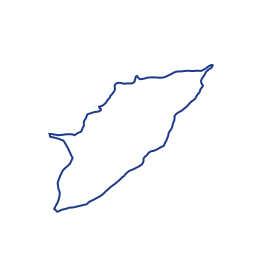 Hadibu, Hadramawt, Yemen, rotated 329°
{"feature_id": "15242507B399982580631", "entity_name": "Hadibu", "entity_type": "district", "adm_level": 2, "iso_a3": "YEM", "parent_name": "Yemen", "parent_adm1": "Hadramawt", "projection": "albers", "projection_center": [54.052, 12.499], "detail": "fine", "context": "isolated", "style": "outline", "palette": "blue", "viewbox_px": 256, "rotation_deg": 329, "n_neighbors": 0, "source": "geoboundaries", "source_scale": "gbopen_adm2", "svg_char_len": 4181}
<svg xmlns="http://www.w3.org/2000/svg" viewBox="0 0 256 256"><g transform="rotate(329 128 128)"><path d="M23.1,159.3L23.3,159.6L23.7,161.0L23.8,162.2L24.3,163.4L24.9,163.5L25.5,163.7L27.0,163.7L28.3,163.9L29.7,164.1L31.0,164.6L32.4,165.1L33.6,165.4L35.1,165.7L36.4,166.0L36.8,166.1L37.5,166.5L37.9,166.7L39.2,167.4L40.3,167.9L41.7,168.4L43.4,168.9L45.0,169.4L46.9,170.0L48.6,170.6L50.3,171.1L51.9,171.6L53.1,172.0L54.6,171.9L55.8,171.4L57.1,171.3L58.5,171.5L59.8,171.6L61.1,171.7L62.5,171.8L63.9,171.9L65.9,171.9L67.3,172.0L68.7,172.1L70.1,172.0L71.5,171.9L72.7,171.8L73.9,171.5L75.6,171.0L77.0,170.7L78.2,170.5L79.6,170.3L80.9,170.0L82.1,169.7L83.7,169.5L85.0,169.4L86.4,169.3L87.7,169.2L88.9,169.0L90.2,168.8L91.5,168.6L92.8,168.4L94.7,168.0L96.0,167.7L97.6,167.2L99.0,167.2L100.5,167.0L102.0,166.3L103.8,165.8L105.1,165.6L106.8,165.5L108.2,165.6L110.1,165.9L111.3,166.1L112.7,166.3L114.0,166.3L115.4,166.4L116.6,166.5L118.4,166.5L120.2,166.5L121.6,166.1L123.0,165.5L123.9,164.6L124.0,164.6L124.9,163.3L125.5,162.3L126.8,161.6L128.2,161.3L129.5,161.1L130.9,160.7L132.1,160.2L133.7,159.8L135.2,159.8L136.6,160.1L137.7,160.6L138.9,160.9L140.5,161.1L141.8,161.3L143.5,161.3L145.1,161.3L146.7,161.4L148.6,161.6L149.9,161.6L150.9,160.6L152.5,159.6L154.3,158.6L155.3,157.8L156.4,156.9L157.6,156.1L158.8,155.0L158.9,154.9L159.7,153.9L160.7,153.1L161.8,152.3L162.9,151.9L164.1,151.4L165.2,150.8L166.2,150.0L166.3,149.9L167.4,148.9L168.2,147.9L169.2,147.0L170.3,146.1L171.6,145.4L172.4,144.3L173.3,143.0L174.1,141.7L175.2,141.3L176.4,140.9L177.8,140.6L179.2,140.6L180.7,140.7L181.9,140.8L183.3,140.7L184.6,140.5L186.1,140.3L188.0,140.1L189.4,139.8L190.7,139.5L192.2,139.1L193.4,138.5L194.6,138.2L196.1,138.0L197.5,137.9L198.9,137.8L200.5,137.5L201.6,136.9L202.9,136.1L204.3,135.4L205.4,134.9L206.9,134.5L208.1,133.9L209.1,133.0L210.1,132.1L211.4,131.6L212.6,131.2L214.1,130.3L214.1,130.2L214.0,129.0L214.0,127.6L214.4,126.2L215.2,124.8L216.2,124.2L217.3,123.4L218.5,123.0L219.7,122.5L221.2,121.7L222.5,120.9L223.0,120.6L223.8,120.2L225.1,119.8L226.2,119.6L226.7,119.5L228.2,119.4L229.7,119.3L230.9,119.3L232.9,117.9L232.1,116.9L231.2,116.8L230.6,116.8L229.3,116.7L227.9,116.7L226.7,116.9L225.4,117.0L224.1,117.0L223.9,117.0L222.7,117.0L221.3,116.9L219.7,116.5L218.5,115.7L217.4,114.8L216.3,114.3L215.0,113.6L213.8,113.0L212.7,112.4L211.6,111.7L210.5,111.0L209.5,110.2L208.4,109.5L206.6,108.7L205.0,107.9L203.6,107.3L202.4,106.7L201.3,106.0L200.1,105.4L198.8,104.8L197.6,104.4L195.8,104.1L194.0,104.1L192.5,104.1L191.2,103.9L189.5,103.7L188.1,103.6L186.9,103.5L185.7,103.3L184.4,102.9L183.3,102.4L181.8,101.7L180.5,100.9L179.3,100.1L178.3,99.2L177.2,98.5L176.1,97.9L174.9,97.1L173.7,96.4L172.6,95.8L171.2,95.2L169.6,94.5L168.3,94.3L166.8,93.8L164.9,93.1L163.8,92.6L163.0,91.6L162.7,90.4L162.7,89.1L162.3,87.9L160.9,88.2L160.9,88.3L160.0,89.2L159.1,90.0L158.2,90.9L158.1,91.0L157.3,91.8L155.9,91.9L154.7,91.9L153.8,91.4L153.6,91.3L152.4,90.7L150.4,89.5L149.1,88.8L147.9,88.2L146.6,87.3L145.6,86.3L144.4,85.1L142.8,84.3L141.5,83.9L140.1,83.9L139.8,84.1L138.4,84.8L137.8,86.0L137.3,87.1L136.6,88.2L135.5,89.0L134.5,89.7L133.1,90.2L131.9,90.8L130.5,91.0L129.2,91.6L128.3,92.5L128.2,92.5L126.7,93.0L125.6,93.3L123.9,93.9L122.9,94.6L122.1,94.9L121.2,95.2L119.9,95.4L118.7,95.6L117.5,95.7L115.5,95.2L114.3,94.8L114.1,95.1L113.9,95.7L114.5,97.9L113.7,98.8L112.3,98.8L110.9,98.6L109.8,98.1L108.4,97.4L107.2,97.0L106.9,96.9L105.6,96.6L103.9,96.2L102.9,96.0L102.7,95.9L101.4,95.6L99.8,95.5L99.7,95.6L98.9,96.4L98.0,97.2L96.9,97.9L95.9,98.5L94.4,99.2L93.2,100.1L92.5,101.2L91.9,102.5L91.2,103.5L90.2,103.9L89.2,104.6L88.3,105.3L87.1,106.1L86.1,107.0L84.6,106.8L83.5,106.6L81.0,106.4L79.7,106.6L78.3,106.6L77.6,105.4L77.4,105.2L76.6,104.5L75.3,103.6L74.3,103.0L73.1,102.3L72.0,101.7L70.3,100.9L69.0,100.4L67.8,99.9L66.7,99.3L65.8,98.9L65.4,98.8L64.3,98.1L63.1,97.0L61.8,95.9L60.7,95.0L60.4,94.7L59.3,93.8L58.4,93.1L57.7,92.6L57.5,93.3L56.8,95.5L59.3,97.7L62.7,101.2L66.2,105.6L66.2,112.8L66.1,114.4L65.0,125.3L59.8,128.8L50.7,130.6L45.3,134.0L43.8,135.2L39.7,138.5L38.9,140.0L37.1,144.1L36.4,147.8L35.2,149.8L33.8,151.6L30.0,155.1L23.1,159.3Z" fill="none" stroke="#1e3a8a" stroke-width="2"/></g></svg>